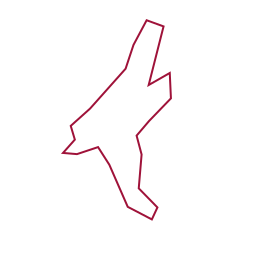 an SVG outline of Malabon, rotated 69°
{"feature_id": "PHL-5546", "entity_name": "Malabon", "entity_type": "Highly Urbanized City", "adm_level": 1, "iso_a3": "PHL", "parent_name": "Philippines", "parent_adm1": "", "projection": "mercator", "projection_center": [120.966, 14.665], "detail": "fine", "context": "isolated", "style": "outline", "palette": "rose", "viewbox_px": 256, "rotation_deg": 69, "n_neighbors": 0, "source": "natural_earth", "source_scale": "10m", "svg_char_len": 414}
<svg xmlns="http://www.w3.org/2000/svg" viewBox="0 0 256 256"><g transform="rotate(69 128 128)"><path d="M45.9,58.4L95.3,93.3L91.6,69.3L115.7,77.3L129.0,105.8L138.2,122.7L157.6,124.8L188.2,139.6L212.7,129.0L221.9,138.5L201.5,156.5L155.6,158.6L135.1,162.8L134.1,185.0L128.0,197.6L119.8,181.8L105.5,180.7L96.3,156.5L71.8,109.0L52.4,93.1L34.1,72.0L45.9,58.4Z" fill="none" stroke="#9f1239" stroke-width="2"/></g></svg>